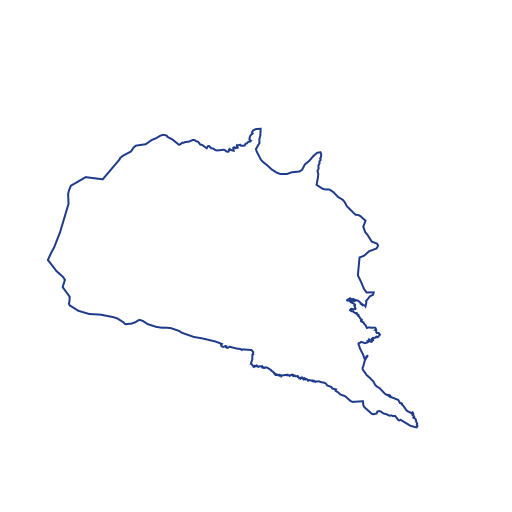 the district of Rutshuru, Nord-Kivu, Democratic Republic of the Congo, rotated 105°
{"feature_id": "63176286B25642850349509", "entity_name": "Rutshuru", "entity_type": "district", "adm_level": 2, "iso_a3": "COD", "parent_name": "Democratic Republic of the Congo", "parent_adm1": "Nord-Kivu", "projection": "natural_earth1", "projection_center": [29.515, -0.961], "detail": "fine", "context": "isolated", "style": "outline", "palette": "blue", "viewbox_px": 512, "rotation_deg": 105, "n_neighbors": 0, "source": "geoboundaries", "source_scale": "gbopen_adm2", "svg_char_len": 6101}
<svg xmlns="http://www.w3.org/2000/svg" viewBox="0 0 512 512"><g transform="rotate(105 256 256)"><path d="M172.8,202.1L173.9,207.1L173.7,209.5L171.6,215.9L164.4,216.5L160.9,217.0L157.9,218.6L155.4,218.2L152.5,219.1L150.0,218.6L148.4,219.2L146.4,218.4L145.1,219.3L143.7,218.9L140.9,219.3L139.1,220.6L140.5,223.7L145.0,226.7L150.2,229.1L154.9,232.5L160.8,233.8L163.2,236.0L165.9,243.2L168.8,247.4L170.5,253.8L170.1,257.8L168.3,263.3L165.5,268.6L163.4,273.5L161.7,276.2L155.2,282.1L152.8,283.8L146.0,281.9L142.4,283.0L138.4,283.0L131.9,284.5L133.5,289.1L135.6,291.4L137.6,291.9L138.5,290.9L140.8,292.5L143.5,292.8L145.1,292.5L146.1,290.7L147.0,291.4L147.7,293.0L149.5,293.9L150.4,295.2L152.3,295.6L153.4,298.9L152.6,300.1L153.9,302.0L153.8,303.0L155.1,303.0L156.1,301.8L157.2,303.8L156.6,305.2L157.3,306.0L160.1,304.8L160.1,308.0L159.4,309.1L160.2,309.6L162.2,309.5L162.8,310.9L161.6,314.4L164.2,321.0L164.2,322.7L163.3,325.0L163.5,327.2L161.9,329.8L162.3,330.8L164.7,331.5L162.6,336.9L162.9,338.5L160.6,341.6L160.7,343.5L159.9,345.3L160.3,347.1L162.9,350.4L164.2,353.8L165.4,355.3L165.7,356.6L168.0,358.3L168.5,359.2L165.1,366.8L163.9,372.3L162.8,373.5L162.9,376.8L164.4,379.4L168.3,383.2L170.9,386.7L176.6,391.5L180.5,400.6L182.9,402.3L187.4,403.8L193.3,410.2L196.5,412.6L198.1,412.8L221.6,423.9L223.9,440.9L236.0,453.0L240.5,453.6L244.5,453.6L254.1,450.6L283.4,451.4L299.9,453.2L305.5,454.6L313.7,456.0L322.3,444.7L326.2,437.0L328.5,434.4L336.1,434.7L343.6,425.4L348.4,424.4L350.5,424.4L352.2,422.8L352.2,422.1L354.9,413.5L355.2,402.1L352.9,391.1L352.0,378.4L352.1,375.1L352.3,373.5L354.4,366.8L355.7,364.6L353.4,358.4L352.3,357.2L351.8,356.0L348.3,352.7L347.8,351.8L348.1,348.2L349.8,343.2L350.3,334.1L349.7,328.7L348.3,323.3L347.7,319.6L348.3,310.8L349.3,308.0L350.3,295.2L349.5,286.8L349.1,273.1L349.8,266.2L351.0,266.7L351.8,266.3L352.2,265.6L352.2,263.8L350.8,262.1L350.8,261.3L351.9,261.2L352.2,260.1L352.0,259.5L350.5,258.1L350.4,251.1L349.9,246.9L350.4,245.4L349.9,245.2L349.5,244.0L348.0,236.1L349.6,233.7L351.4,233.8L351.7,233.3L352.5,233.9L357.0,232.8L361.4,233.1L361.6,232.3L363.1,230.2L363.6,229.8L363.8,229.2L363.1,228.6L362.6,228.9L362.3,228.6L362.5,228.1L362.2,227.9L362.3,227.1L361.6,226.8L362.4,225.7L362.2,225.4L362.4,224.9L361.6,223.9L361.4,223.2L361.7,222.7L361.4,222.9L361.3,222.0L361.0,221.7L362.1,221.2L362.0,220.5L361.5,219.9L362.1,219.6L361.8,218.5L361.0,217.6L360.9,216.7L362.2,212.1L362.9,211.5L363.3,209.8L363.7,209.4L364.2,208.0L364.9,207.9L365.3,207.3L364.9,206.0L365.4,205.4L365.7,205.5L365.4,204.2L365.1,204.3L365.1,203.2L365.6,202.7L365.6,202.3L365.2,201.8L364.9,201.8L365.2,201.4L365.2,201.0L364.9,201.2L364.8,200.4L365.1,200.3L364.7,200.1L362.6,195.0L363.1,194.8L362.6,193.5L363.1,192.5L362.6,192.4L361.1,190.2L361.3,189.4L361.8,189.2L361.9,189.5L362.4,188.9L361.9,187.9L361.7,188.0L361.7,188.5L361.5,188.3L361.4,187.7L361.8,187.5L361.9,186.6L361.3,184.9L361.6,184.9L361.6,184.3L362.1,184.1L362.3,182.8L362.7,182.6L362.3,182.3L362.2,181.5L362.7,181.2L362.1,180.9L362.2,180.1L361.8,179.3L362.3,178.8L362.1,178.8L362.2,178.4L361.8,178.7L362.3,177.2L361.6,177.1L361.9,176.5L361.7,176.5L361.7,175.3L362.1,174.4L362.6,174.0L362.3,173.3L362.8,173.1L362.1,172.2L361.9,169.9L362.1,169.5L361.7,169.4L361.6,168.7L362.1,168.9L362.2,168.6L362.2,167.2L361.8,166.8L362.1,166.2L361.8,166.1L360.8,162.6L361.0,159.7L360.7,157.0L361.3,155.2L362.6,153.8L363.0,149.3L364.2,148.1L364.2,144.2L365.3,144.5L365.8,143.9L366.4,141.4L367.9,138.8L368.4,133.5L371.7,126.9L371.9,124.9L368.6,115.1L372.4,113.7L374.0,112.2L378.5,103.2L378.5,101.7L376.9,98.7L374.8,98.5L373.9,97.0L373.9,95.5L375.1,92.0L375.1,89.0L375.7,85.7L374.9,83.8L375.2,82.3L374.5,80.2L377.7,75.9L377.7,74.9L376.8,74.0L380.1,62.6L380.0,56.5L378.5,56.0L377.5,57.0L376.4,56.8L375.1,58.0L372.3,59.6L371.9,60.2L371.4,62.2L371.0,62.2L370.8,61.7L370.3,61.6L369.7,62.4L369.0,62.7L369.0,63.4L368.4,63.3L368.0,63.9L367.4,63.5L366.5,64.3L367.3,65.3L367.8,65.0L367.2,66.5L366.8,69.0L366.1,70.8L362.6,74.8L361.7,76.7L360.8,76.8L360.5,77.6L360.8,78.5L360.7,79.0L358.2,81.3L357.4,88.2L357.5,89.9L356.5,92.3L356.1,91.7L356.3,90.1L356.0,90.4L355.9,92.3L356.3,93.8L355.6,96.0L351.7,102.3L350.9,105.3L349.7,107.5L346.7,110.3L345.2,113.1L344.5,113.9L342.4,118.4L341.2,119.6L338.2,123.4L336.5,124.1L334.8,123.8L329.9,123.9L327.5,123.6L323.8,122.4L323.6,122.7L323.9,123.0L326.7,124.0L327.1,124.6L323.5,127.1L318.1,131.9L316.3,132.9L314.6,134.2L313.9,134.3L313.4,134.0L312.8,132.8L312.1,132.5L311.7,132.0L312.0,128.4L310.6,125.9L310.0,125.5L309.3,126.2L308.9,125.6L307.3,125.2L307.6,124.7L309.0,123.9L309.1,122.8L308.8,121.9L307.7,121.9L307.0,121.0L306.6,121.1L306.2,121.4L306.6,122.0L306.7,122.8L306.1,122.8L304.8,121.8L304.3,119.9L302.8,118.9L303.2,118.2L302.8,117.8L302.8,117.3L299.9,115.9L298.6,117.6L299.1,119.0L299.1,119.5L298.5,120.1L296.5,120.7L296.6,121.7L295.8,121.3L295.0,121.5L294.5,122.4L294.6,123.5L295.5,126.0L295.6,128.2L296.8,130.3L294.7,132.1L293.1,134.5L292.3,134.9L292.1,137.0L291.8,137.7L291.4,137.9L290.6,137.2L290.2,137.3L289.7,138.7L288.0,140.5L287.4,141.7L286.6,141.6L286.2,142.7L286.3,143.6L285.2,143.7L285.0,144.6L285.4,145.7L284.7,147.5L284.3,147.9L284.6,149.3L284.1,151.1L283.7,151.1L283.3,150.4L282.6,150.6L282.3,150.3L282.3,148.4L281.5,146.3L280.9,146.3L278.6,148.1L277.9,147.6L277.5,147.7L276.6,149.4L276.1,152.6L275.2,153.9L275.0,155.3L275.4,156.3L275.1,156.6L273.9,155.7L274.0,154.7L273.0,154.7L272.5,154.3L273.1,152.2L273.5,152.2L273.8,152.9L274.3,153.2L275.1,151.7L274.9,151.4L274.3,151.7L274.0,151.5L274.0,148.9L273.5,148.8L273.6,150.1L273.1,150.6L272.7,151.6L272.3,150.9L272.7,149.6L272.8,145.7L274.2,142.8L275.0,142.6L275.2,141.7L275.8,140.6L275.2,140.5L275.6,139.6L275.8,137.8L276.3,137.2L272.3,137.4L271.2,138.0L265.5,135.6L263.1,132.9L260.7,132.9L262.6,139.8L259.8,143.2L253.5,148.1L248.3,152.6L230.6,155.6L227.9,151.8L222.2,148.0L217.5,141.5L214.4,140.7L213.0,141.9L212.6,143.4L212.2,147.9L206.5,154.0L204.8,156.6L199.9,160.0L193.6,159.3L190.5,165.4L189.9,167.7L190.4,170.6L184.5,181.0L180.7,184.6L179.2,186.9L177.7,192.2L174.5,197.3L172.8,202.1Z" fill="none" stroke="#1e3a8a" stroke-width="2"/></g></svg>